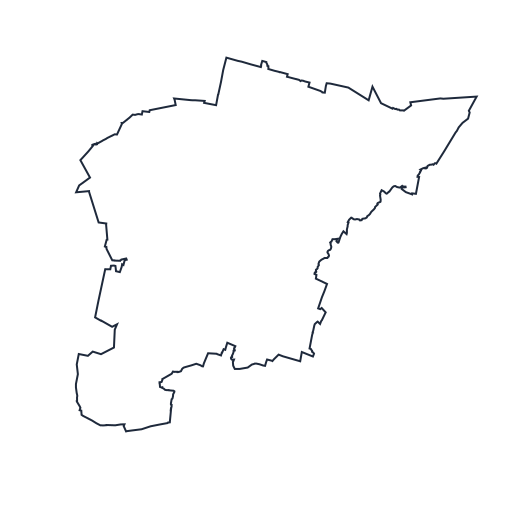 Irapuato, Guanajuato, Mexico, rotated 10°
{"feature_id": "50627088B47484425878670", "entity_name": "Irapuato", "entity_type": "district", "adm_level": 2, "iso_a3": "MEX", "parent_name": "Mexico", "parent_adm1": "Guanajuato", "projection": "natural_earth1", "projection_center": [-101.373, 20.675], "detail": "fine", "context": "isolated", "style": "outline", "palette": "slate", "viewbox_px": 512, "rotation_deg": 10, "n_neighbors": 0, "source": "geoboundaries", "source_scale": "gbopen_adm2", "svg_char_len": 5980}
<svg xmlns="http://www.w3.org/2000/svg" viewBox="0 0 512 512"><g transform="rotate(10 256 256)"><path d="M284.0,362.6L284.4,358.8L284.9,356.0L289.9,356.4L290.4,356.6L291.5,354.7L295.4,349.2L299.9,350.1L317.8,352.0L317.8,342.6L329.5,345.1L330.1,342.1L329.1,341.1L328.1,340.8L327.8,340.5L327.7,339.6L326.2,338.3L326.1,338.0L324.8,337.8L325.0,324.1L325.2,321.8L325.3,321.7L325.0,321.4L325.3,319.8L325.5,314.3L325.7,312.9L327.5,310.5L328.1,309.9L330.9,311.8L331.5,308.7L332.0,307.9L334.4,299.4L329.7,295.8L328.5,297.2L326.3,296.8L328.1,285.1L329.4,279.1L330.8,271.2L318.9,267.9L318.8,264.1L316.7,263.5L316.7,262.5L316.9,261.9L317.8,261.6L318.0,261.3L318.1,261.1L317.7,260.4L317.4,259.3L317.5,259.0L318.4,258.2L318.8,257.4L318.6,256.1L319.5,254.1L319.4,253.7L318.9,253.1L319.2,250.8L319.5,250.2L321.2,248.2L323.2,246.7L323.5,246.3L324.0,246.0L326.6,245.6L326.8,245.3L326.9,244.7L327.4,244.3L327.7,243.9L327.8,242.8L326.9,241.3L325.8,240.2L325.7,239.5L325.9,238.7L326.6,237.8L328.0,237.0L328.5,235.7L328.6,234.0L328.2,233.0L327.6,232.1L327.3,230.5L326.7,230.0L327.0,229.3L327.8,228.7L328.4,226.2L330.6,225.8L333.3,224.9L332.6,227.4L333.9,228.5L334.5,228.7L334.9,228.4L335.8,222.4L336.6,219.5L337.8,216.5L341.4,218.7L341.5,217.6L340.9,214.0L341.1,210.9L340.9,209.7L341.3,206.9L340.5,206.7L341.4,204.1L343.1,201.7L343.6,201.7L344.3,202.2L345.1,202.4L345.4,202.7L346.2,202.9L347.7,202.7L348.6,202.2L349.8,202.0L350.7,202.2L351.3,202.1L351.6,202.2L352.2,202.9L352.6,202.8L353.8,202.4L354.3,200.9L357.2,199.9L358.4,198.8L358.7,197.4L359.9,196.3L360.9,194.9L361.8,192.6L362.5,191.6L364.0,189.6L364.8,188.1L364.8,187.0L366.9,184.2L366.4,183.5L366.4,183.2L366.9,182.5L369.1,181.1L369.2,180.6L369.0,178.9L367.7,175.1L367.6,174.6L367.8,174.1L367.3,173.0L368.3,169.4L371.0,170.3L373.0,171.7L373.9,171.9L374.4,171.4L375.7,169.6L376.1,169.5L378.3,164.9L379.1,163.9L379.8,163.3L381.0,162.9L382.9,163.6L385.4,163.7L386.1,163.4L387.3,162.1L387.4,162.5L388.1,161.7L389.2,162.0L391.2,161.7L391.4,162.3L389.7,162.8L389.2,162.7L388.0,163.3L387.5,163.3L387.8,164.7L392.5,167.1L399.0,168.2L398.9,167.2L402.7,167.0L402.9,149.9L401.3,150.0L401.3,148.7L402.3,147.3L402.5,146.4L403.1,145.2L402.9,144.9L402.9,144.6L403.3,143.7L403.7,143.3L403.7,142.4L403.1,142.2L405.4,140.5L407.2,139.7L407.1,140.2L407.3,140.4L408.3,140.2L409.2,139.3L409.1,138.4L409.3,137.7L409.5,137.4L411.2,136.0L413.1,135.5L414.0,135.0L415.0,135.3L415.9,133.7L416.9,133.4L417.6,133.7L423.1,120.3L431.1,99.7L432.1,97.9L433.3,94.1L436.3,89.0L441.0,83.9L441.5,77.6L440.4,76.0L445.6,60.7L413.2,68.6L410.2,68.8L381.3,77.8L382.6,80.8L376.5,87.2L376.1,87.0L372.4,87.6L371.4,87.0L369.8,87.3L368.8,86.7L367.6,87.1L365.2,86.4L364.8,87.2L352.6,83.8L341.3,69.0L339.9,83.1L317.7,74.1L299.3,73.3L295.6,73.6L295.3,76.4L295.4,83.2L293.0,83.4L292.8,83.1L290.8,82.3L278.2,80.2L278.6,75.9L274.0,75.6L271.9,75.2L270.2,75.3L269.5,76.0L267.9,75.1L255.4,74.1L255.6,71.4L247.7,70.7L247.5,70.9L247.2,70.9L246.6,70.7L245.5,70.6L242.2,70.4L235.7,69.7L235.7,69.4L235.2,66.9L234.2,66.8L233.9,65.5L232.4,63.5L232.4,63.2L228.3,62.8L227.8,67.1L228.1,67.8L228.0,69.1L217.8,68.2L208.0,67.1L204.3,67.0L192.4,65.8L191.4,78.6L191.3,90.7L190.8,103.4L190.6,103.6L190.5,114.4L178.3,114.2L178.5,112.2L169.0,113.2L165.4,113.8L148.0,115.1L148.7,116.2L150.7,121.3L126.0,130.9L125.9,132.7L119.1,133.1L119.0,136.5L115.8,136.6L114.5,137.0L112.5,138.0L110.0,138.2L107.5,141.6L101.9,148.0L100.6,148.3L101.0,149.2L98.0,160.5L95.7,160.7L94.9,161.3L89.2,165.5L87.8,166.8L85.1,168.8L84.5,169.4L80.5,172.6L80.0,172.4L80.0,172.8L79.7,172.9L79.8,173.2L79.5,173.2L79.4,173.4L79.6,173.5L79.9,173.4L79.8,173.7L79.1,174.0L78.5,174.0L78.2,173.5L77.3,173.8L76.8,174.5L75.5,174.4L75.4,174.2L75.5,175.0L76.7,174.9L76.1,176.1L72.8,182.0L66.4,192.1L78.9,207.6L69.6,217.2L67.8,224.5L80.3,221.1L80.4,221.7L95.2,250.3L102.9,250.0L103.0,251.4L106.8,265.7L106.1,266.0L105.5,272.9L106.9,273.3L107.1,273.2L107.6,275.0L115.2,285.2L117.3,284.9L117.4,285.1L123.0,284.3L123.0,283.9L124.2,283.0L124.2,282.8L128.6,281.0L129.3,282.1L127.4,283.0L127.0,287.9L125.6,287.4L125.6,290.1L124.7,295.5L120.8,295.3L119.3,290.2L117.8,290.1L114.9,290.8L114.8,294.4L109.8,295.2L108.6,327.7L108.2,344.4L114.6,346.7L115.1,346.8L115.1,346.6L126.6,350.7L131.0,347.4L129.7,353.0L132.0,370.8L120.4,379.6L111.8,378.5L107.8,383.5L98.5,383.3L98.3,393.9L101.1,403.3L100.9,413.3L101.5,416.7L103.3,422.3L103.7,423.1L104.3,424.8L104.3,426.3L105.0,430.0L104.7,430.1L104.8,430.4L108.4,434.5L109.4,435.9L109.1,438.5L110.8,438.6L111.8,442.7L113.5,443.5L123.1,446.5L127.8,448.4L132.2,449.8L135.7,449.2L138.1,448.6L138.1,448.4L146.7,447.2L152.2,445.3L155.7,444.6L155.6,445.1L155.2,446.4L158.5,451.3L159.3,450.9L164.0,449.4L173.4,446.5L181.8,442.0L190.6,438.6L197.9,435.9L198.2,435.3L200.0,434.8L199.0,422.3L198.8,422.4L198.7,420.8L198.9,420.8L199.0,418.9L198.8,417.6L198.6,417.7L198.0,417.0L197.8,415.8L197.8,411.7L198.4,411.0L198.5,410.5L198.6,408.5L198.4,406.6L199.0,404.7L199.2,404.0L199.1,403.4L198.2,403.0L193.4,403.4L193.3,403.2L191.4,403.6L189.7,403.6L188.1,402.6L186.3,402.1L186.3,401.7L185.9,401.9L184.2,401.6L183.4,398.5L183.2,398.4L182.9,397.1L184.3,396.7L184.9,396.4L185.3,394.2L185.1,393.5L193.4,386.6L194.3,384.2L195.8,384.3L196.2,384.1L198.7,383.7L198.8,384.0L199.4,383.9L200.5,383.4L202.1,382.5L202.9,379.9L204.1,378.5L205.8,377.6L211.2,375.0L215.9,372.5L220.1,373.2L222.2,374.0L223.0,373.9L223.3,370.8L225.7,360.1L234.3,359.1L234.8,359.4L238.8,360.0L239.1,357.2L239.4,357.2L240.3,353.4L242.0,353.7L242.2,351.2L242.8,346.4L251.3,348.4L251.0,349.7L250.7,350.0L250.4,350.7L251.5,352.5L251.5,352.8L251.0,353.0L250.4,352.9L250.3,353.3L250.5,353.7L250.5,355.0L250.1,357.1L249.7,358.1L249.8,359.0L250.1,359.6L250.0,359.8L249.2,360.0L249.0,360.6L249.3,361.5L250.1,362.2L251.1,362.3L251.8,361.9L252.3,361.8L251.9,363.7L251.6,364.2L252.0,365.8L252.6,368.0L254.7,370.9L259.4,370.1L267.2,367.3L270.8,363.6L272.9,362.6L273.4,362.2L273.8,362.1L275.0,361.9L278.2,362.0L282.0,362.6L284.0,362.6Z" fill="none" stroke="#1e293b" stroke-width="2"/></g></svg>